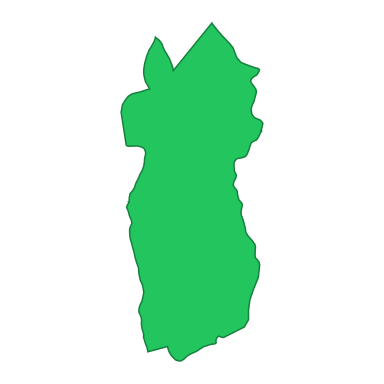 Monchy/Ti Dauphin, Gros Islet, Saint Lucia (Robinson projection)
{"feature_id": "8701671B56834223394204", "entity_name": "Monchy/Ti Dauphin", "entity_type": "district", "adm_level": 2, "iso_a3": "LCA", "parent_name": "Saint Lucia", "parent_adm1": "Gros Islet", "projection": "robinson", "projection_center": [-60.932, 14.041], "detail": "fine", "context": "isolated", "style": "filled", "palette": "green", "viewbox_px": 384, "rotation_deg": 0, "n_neighbors": 0, "source": "geoboundaries", "source_scale": "gbopen_adm2", "svg_char_len": 5442}
<svg xmlns="http://www.w3.org/2000/svg" viewBox="0 0 384 384"><path d="M128.6,202.0L128.9,202.4L128.6,203.2L127.6,204.5L127.1,205.8L126.8,207.2L126.9,208.0L128.0,210.5L128.7,212.8L129.4,215.6L130.4,218.1L131.5,220.6L131.8,223.5L130.8,225.8L129.7,228.6L129.6,231.6L129.8,234.6L130.0,236.9L130.5,239.7L131.4,242.6L131.9,244.0L132.1,245.3L132.7,247.5L133.4,250.0L134.2,252.9L134.7,255.5L135.5,258.8L136.6,262.6L137.6,265.3L138.5,267.9L138.6,269.6L138.9,273.4L139.6,277.2L140.5,280.8L141.9,283.6L142.9,286.7L143.4,290.0L143.8,292.5L143.1,296.2L142.4,299.1L141.9,301.2L140.9,303.2L139.9,305.5L139.2,307.7L138.9,310.4L138.9,312.1L140.2,315.0L141.1,317.3L141.6,319.6L141.5,322.2L141.4,324.3L141.7,326.6L142.2,329.3L143.0,331.6L143.7,334.6L143.5,337.2L144.3,339.6L145.2,342.7L147.1,347.7L147.9,351.8L167.5,346.5L167.9,348.2L168.5,350.2L169.3,352.2L170.7,354.6L171.9,356.2L174.2,358.6L176.1,360.2L179.5,361.0L181.3,360.7L182.6,360.0L184.4,358.8L186.4,356.7L188.6,355.1L190.8,353.9L193.2,352.8L196.3,351.4L197.9,350.5L199.3,349.4L201.0,348.4L202.5,347.4L203.6,346.7L205.1,346.2L207.2,345.6L207.9,345.3L209.9,344.6L210.4,344.5L212.3,344.1L212.8,344.1L213.7,344.1L215.1,343.7L216.0,343.1L216.1,342.3L216.0,341.4L215.9,340.6L216.1,339.7L216.5,338.7L217.1,337.5L217.6,336.9L218.3,336.4L219.2,336.3L221.0,337.1L222.6,337.5L223.6,337.4L223.9,337.3L244.3,327.0L248.5,319.8L248.5,310.2L249.9,299.8L253.4,289.5L258.3,277.5L259.7,265.0L259.0,261.9L257.4,259.9L255.5,258.0L255.1,256.0L255.1,253.1L255.2,250.4L255.5,247.2L254.9,244.4L253.1,241.9L252.0,240.3L250.0,238.2L248.0,235.8L245.8,232.3L245.4,228.8L244.7,225.8L243.7,222.1L242.4,217.8L241.4,215.6L241.0,212.8L241.3,210.2L241.9,207.1L242.3,205.5L242.3,204.2L240.8,201.9L240.6,201.7L239.9,200.9L238.9,199.9L238.7,199.0L238.4,198.0L238.1,197.3L237.7,195.6L237.6,194.8L237.5,193.9L237.4,193.0L237.2,191.3L236.8,190.5L236.3,189.7L235.8,189.0L235.3,188.4L234.8,188.0L234.2,187.2L233.9,186.2L233.4,185.5L233.2,184.7L233.3,183.9L233.6,183.1L233.7,182.1L234.1,181.3L234.7,179.9L235.1,179.4L235.4,178.9L235.7,178.2L236.0,177.3L236.2,175.9L236.3,174.9L235.9,174.0L235.5,173.4L234.8,171.9L234.4,170.8L234.3,169.9L234.3,169.1L234.1,167.6L234.1,166.7L234.0,165.6L234.0,164.6L233.9,163.3L234.3,162.3L234.7,161.4L235.1,160.6L235.5,160.1L236.2,159.5L236.8,158.8L237.7,158.5L238.3,158.4L239.7,158.1L240.7,158.0L241.4,157.8L242.3,157.6L242.9,157.5L243.7,157.3L244.2,157.0L245.2,156.6L245.9,156.0L246.8,154.7L247.2,154.0L247.6,153.1L247.9,152.2L248.5,150.8L248.9,149.9L249.2,149.0L249.4,148.0L249.8,146.7L250.2,145.8L250.6,144.7L250.8,143.9L251.1,143.1L251.5,142.8L252.2,142.2L253.1,141.6L253.8,141.2L255.0,140.6L255.8,140.4L256.6,139.8L257.2,138.9L258.0,137.9L258.4,137.0L258.9,136.0L259.4,135.2L259.6,134.7L259.8,134.0L259.9,133.8L261.7,131.0L261.0,130.7L261.3,129.9L261.4,129.0L261.9,128.0L262.2,126.7L262.4,125.5L262.6,124.5L262.9,123.5L262.5,122.7L262.0,122.1L261.7,121.5L261.3,121.2L260.9,120.7L260.4,120.2L259.6,119.8L258.4,119.3L257.6,119.0L256.6,118.6L255.8,118.3L254.7,117.7L254.1,117.2L253.4,116.3L252.9,115.7L252.0,114.4L251.6,113.6L251.6,113.2L251.6,112.5L251.5,112.1L251.4,111.5L251.2,109.9L251.1,109.1L251.3,108.1L251.4,107.6L251.6,107.2L251.8,106.5L252.0,105.6L252.6,104.5L252.8,103.8L253.5,102.7L253.8,101.8L254.0,101.3L254.3,100.4L254.5,99.4L254.7,98.5L255.0,97.5L255.3,96.2L255.6,95.3L255.9,94.2L256.1,93.3L256.3,92.4L256.3,91.8L256.3,91.3L256.3,90.8L256.0,89.8L255.7,89.0L254.9,87.8L254.4,87.1L253.9,86.3L253.4,85.6L252.4,84.4L251.9,83.6L251.3,82.7L250.9,81.9L250.6,81.3L250.8,80.4L251.1,79.6L251.7,78.7L252.3,78.1L252.8,77.6L253.4,77.1L254.0,76.6L254.7,76.2L255.6,75.7L256.8,74.8L257.3,74.2L257.8,73.4L258.3,72.6L258.8,71.8L259.0,71.2L259.4,70.3L259.5,69.7L258.2,68.5L254.9,67.7L250.1,66.0L241.2,62.6L236.8,57.6L234.6,52.1L233.1,47.9L229.8,43.7L227.7,41.6L226.5,40.3L222.1,35.7L217.7,30.6L212.9,24.7L211.9,23.0L173.3,70.6L173.1,69.2L172.8,67.4L172.3,66.0L171.5,63.9L171.3,63.3L171.0,62.6L170.3,60.9L169.5,58.9L169.3,58.6L169.1,58.1L168.3,56.7L167.1,54.6L166.0,52.8L165.7,52.4L164.7,50.6L163.8,48.9L163.4,47.9L162.6,45.8L162.2,44.7L161.4,43.0L160.7,42.1L159.8,41.0L158.9,40.0L158.3,39.4L156.5,38.1L155.7,37.6L155.4,37.2L155.3,37.6L155.1,38.8L154.5,40.5L153.8,42.1L153.0,43.5L152.2,45.0L151.2,46.8L150.5,47.9L150.0,48.6L148.9,50.4L148.4,52.0L147.7,53.6L147.4,54.4L146.7,56.2L145.9,59.1L145.3,61.2L144.7,63.3L144.3,66.1L143.9,68.4L143.7,70.5L143.7,71.4L143.9,74.9L144.0,75.5L145.4,81.5L146.4,83.2L146.6,83.5L147.4,84.9L148.3,86.6L149.6,88.9L139.8,92.0L132.1,93.8L128.3,96.2L125.4,99.9L122.4,104.9L121.6,110.0L121.1,112.1L126.2,145.1L127.5,146.1L128.5,146.2L133.8,146.1L135.4,146.0L137.5,146.0L138.7,146.2L139.4,146.4L140.7,146.8L141.9,147.2L143.0,147.8L143.7,148.2L144.4,149.2L144.7,149.6L145.0,150.5L145.3,151.3L145.5,152.2L145.6,152.9L145.6,153.7L145.5,154.8L145.2,155.8L144.9,157.1L144.7,158.0L144.5,159.5L144.5,160.2L144.4,161.7L144.4,162.2L144.2,163.5L144.0,164.3L143.9,165.0L143.8,165.6L143.6,166.5L143.3,167.3L143.0,168.2L142.7,168.9L142.3,170.1L142.0,170.9L141.5,171.8L141.0,172.5L140.3,173.8L139.9,174.6L139.4,175.6L139.1,176.4L139.0,177.1L138.6,177.8L138.2,178.6L137.7,179.6L137.3,180.4L136.6,181.7L136.2,182.4L135.8,183.6L135.5,184.4L135.1,185.8L134.8,186.6L134.3,187.6L134.1,188.1L133.9,188.5L133.3,189.6L133.0,190.3L130.1,193.6L129.9,194.4L129.8,194.7L129.7,195.6L129.4,197.2L129.3,197.9L129.2,198.9L129.2,200.0L128.9,202.0L128.6,202.0Z" fill="#22c55e" stroke="#15803d" stroke-width="1.5"/></svg>